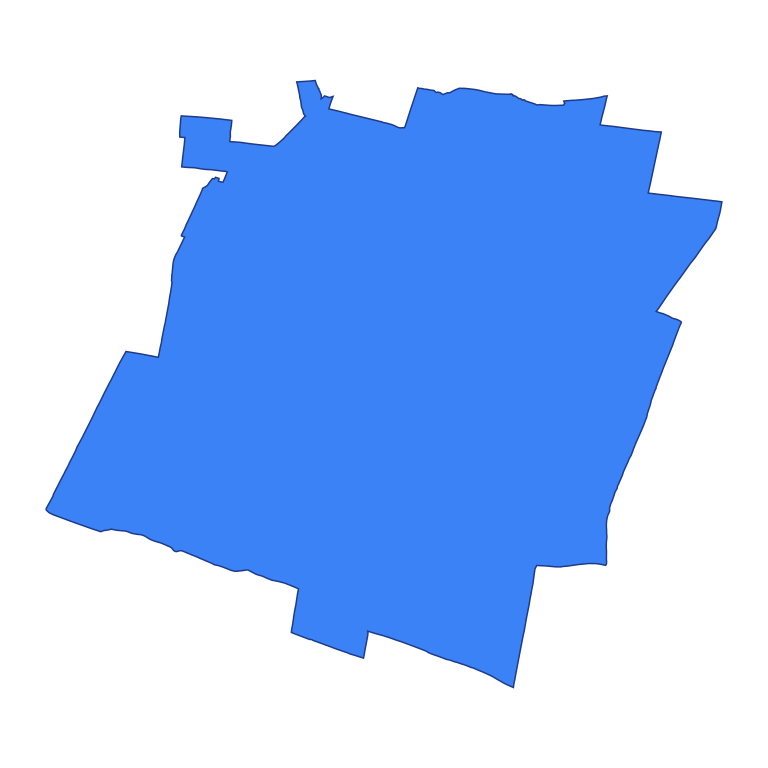 Oprisor, Mehedinti, Romania
{"feature_id": "2599482B3285510863665", "entity_name": "Oprisor", "entity_type": "district", "adm_level": 2, "iso_a3": "ROU", "parent_name": "Romania", "parent_adm1": "Mehedinti", "projection": "equal_earth", "projection_center": [23.062, 44.291], "detail": "fine", "context": "isolated", "style": "filled", "palette": "blue", "viewbox_px": 768, "rotation_deg": 0, "n_neighbors": 0, "source": "geoboundaries", "source_scale": "gbopen_adm2", "svg_char_len": 6029}
<svg xmlns="http://www.w3.org/2000/svg" viewBox="0 0 768 768"><path d="M513.4,687.5L513.8,684.1L514.6,680.5L517.4,665.4L523.1,635.7L524.2,631.0L526.3,618.9L527.2,614.3L529.2,604.2L530.2,597.8L530.7,595.8L531.8,589.2L532.9,584.0L534.3,573.6L535.0,568.9L536.7,565.5L545.7,565.9L555.1,566.8L560.5,566.9L562.9,566.5L568.2,566.0L577.8,564.6L588.9,563.5L595.8,563.6L599.8,564.1L605.4,565.3L605.9,565.0L606.0,564.9L606.5,563.6L606.6,561.8L606.4,558.9L606.5,551.5L606.3,548.0L606.3,543.4L606.9,536.7L606.6,533.2L606.6,530.2L606.4,527.1L606.4,523.9L606.7,520.1L607.6,515.9L609.6,511.3L609.7,510.0L609.6,509.1L609.6,507.6L611.0,503.2L612.1,500.9L613.2,497.9L614.7,493.1L615.3,491.6L617.1,488.5L617.6,485.8L618.6,484.1L619.3,482.1L620.6,479.4L622.4,475.2L623.4,471.9L627.1,463.7L629.5,458.1L631.0,455.6L632.3,452.4L633.3,449.4L635.6,443.6L643.1,426.6L646.2,418.3L646.5,417.8L646.7,417.2L647.5,413.1L649.8,406.3L650.8,402.7L651.2,400.5L651.8,399.0L655.0,390.3L656.0,388.5L656.1,387.4L656.2,386.9L660.2,376.3L662.1,371.5L663.3,368.1L672.9,344.5L673.4,342.7L678.4,329.3L680.0,325.4L681.1,323.1L681.3,322.5L681.3,322.1L680.9,321.6L679.5,320.7L677.9,319.9L676.5,319.3L674.3,318.8L672.5,318.2L671.8,317.9L670.2,316.9L668.5,316.0L663.9,314.0L662.6,313.5L660.4,313.0L656.2,311.5L659.2,307.5L666.1,297.2L673.3,287.0L677.9,280.7L680.6,277.2L690.5,263.3L694.8,258.0L702.4,247.1L705.2,243.2L709.1,238.3L715.7,228.8L716.0,227.7L716.3,226.9L716.5,225.9L717.4,221.8L719.9,212.7L720.5,209.8L721.9,201.8L695.5,198.6L676.5,196.5L669.9,195.6L648.2,193.1L650.9,180.9L658.9,143.4L659.7,140.0L661.3,132.0L654.9,131.6L649.6,130.9L642.9,130.3L639.6,129.8L635.3,129.3L614.0,126.5L601.0,125.1L600.1,124.9L602.1,116.3L605.0,105.3L606.3,99.3L607.2,95.9L603.8,96.2L600.9,97.1L593.9,98.4L583.9,99.5L574.4,100.3L572.2,100.3L564.0,101.0L563.7,101.1L564.8,103.4L564.1,104.0L564.1,104.8L563.3,105.2L554.9,105.5L550.1,105.4L539.7,104.6L537.4,105.0L536.1,104.6L535.0,104.0L525.4,100.9L525.1,100.4L524.2,99.8L522.3,100.2L521.9,99.6L520.8,98.8L518.7,98.4L515.5,96.1L514.8,96.1L514.2,95.7L513.0,95.8L512.9,95.5L513.1,95.1L512.9,94.8L512.7,94.8L512.3,94.7L511.9,94.1L511.1,93.9L510.8,94.2L510.4,93.9L509.8,94.2L508.9,94.3L496.0,93.9L484.9,91.8L479.2,90.3L475.0,89.5L465.2,88.4L459.1,88.3L453.8,90.5L449.5,92.9L447.7,92.7L443.0,94.5L442.1,94.0L440.5,92.9L439.7,92.5L437.8,92.1L436.4,92.5L435.9,92.3L435.1,91.6L434.1,90.5L430.2,90.0L427.0,89.3L424.8,89.2L421.8,88.5L419.4,88.4L418.2,87.9L417.8,87.8L410.7,109.1L405.3,125.9L404.5,127.7L402.9,127.7L401.1,127.9L399.4,127.8L397.5,127.2L394.8,125.8L391.5,124.5L387.2,123.3L385.0,122.8L383.4,122.6L382.3,122.0L349.4,114.0L339.1,111.3L328.8,108.9L330.5,103.4L332.1,98.9L333.1,96.4L331.3,96.9L329.8,97.6L324.6,95.9L323.1,97.5L321.2,98.8L321.4,97.1L321.4,95.9L321.2,94.9L319.5,90.7L318.4,88.7L318.7,88.6L318.1,87.8L316.4,84.3L315.2,80.5L309.4,81.1L296.7,81.9L297.4,84.6L298.6,90.2L299.1,92.7L299.6,95.2L299.9,98.2L300.7,100.6L300.9,101.5L301.0,103.3L301.5,107.1L302.7,110.0L303.7,113.8L304.0,114.3L305.4,116.1L304.9,116.2L302.8,118.7L297.4,124.4L289.2,132.7L286.0,135.7L284.3,137.9L282.1,140.0L279.2,142.5L275.6,145.4L274.3,146.2L273.4,146.3L251.5,143.9L240.0,142.3L229.9,141.6L229.9,139.4L230.1,138.0L230.4,136.7L230.3,133.2L230.4,130.9L230.7,129.8L231.4,124.9L231.8,120.4L220.2,119.0L205.8,117.6L197.3,116.9L181.2,115.9L180.6,120.7L179.9,129.6L179.7,133.7L179.8,137.1L184.9,137.5L184.2,145.3L182.8,156.7L181.7,166.9L186.9,167.4L193.5,167.7L194.9,167.8L197.6,168.2L198.8,168.5L205.2,169.4L211.4,169.7L221.5,171.0L225.6,171.4L227.3,171.9L224.2,179.5L222.9,182.3L220.8,181.9L218.5,181.3L218.4,180.8L218.9,179.5L219.0,178.4L215.5,177.3L214.4,178.8L212.4,178.6L209.6,182.1L207.4,185.5L205.2,186.9L202.6,188.3L202.1,190.1L200.4,194.1L196.7,202.1L195.1,205.8L193.3,209.6L188.0,221.1L186.6,223.8L184.1,229.9L182.9,232.1L181.7,234.6L181.4,235.6L181.4,235.9L184.6,237.0L177.5,251.9L175.9,254.4L174.2,258.6L173.5,260.8L173.0,264.1L172.1,273.9L171.8,275.1L171.8,277.8L171.5,280.4L171.9,282.0L172.0,283.1L171.3,287.8L170.1,294.9L169.8,296.1L169.0,301.8L168.7,303.9L164.9,324.3L164.5,325.5L161.7,339.8L161.5,342.3L160.4,346.6L159.2,353.0L158.3,357.3L140.7,353.9L126.0,351.5L119.7,362.8L111.4,379.4L109.0,383.8L104.3,393.0L99.6,402.7L97.3,406.9L90.5,421.1L83.9,434.1L82.3,437.4L77.9,445.5L77.4,446.2L75.7,450.5L73.8,454.4L70.4,461.0L69.5,462.6L68.7,464.6L67.6,466.9L65.3,471.0L64.3,473.2L62.2,477.1L53.8,493.6L53.2,495.2L52.9,496.3L52.6,496.9L47.2,506.7L46.1,508.9L46.1,509.5L46.5,510.3L47.3,511.1L49.4,512.9L53.4,514.8L70.9,521.3L92.5,529.0L98.4,530.9L100.2,531.6L101.1,531.6L102.7,530.9L104.3,530.5L109.2,529.8L111.0,529.1L111.6,529.2L115.7,530.1L118.0,530.4L125.8,531.1L128.5,532.0L131.2,533.1L132.5,533.5L137.7,534.4L140.3,534.6L142.4,535.1L143.3,535.4L145.2,536.3L149.3,538.9L151.8,540.1L155.4,541.4L160.7,542.9L170.0,546.9L171.0,547.5L171.8,548.1L173.1,549.8L173.6,550.4L174.4,551.0L175.6,551.5L176.5,551.6L180.0,550.7L181.2,550.7L183.0,551.2L191.1,554.6L197.3,557.1L198.0,557.3L199.8,558.3L203.3,559.7L205.9,560.9L207.1,561.3L211.9,563.4L214.1,564.6L214.9,564.9L218.1,565.5L223.0,567.1L231.3,570.4L232.6,570.7L234.5,571.2L236.1,571.3L242.7,570.6L246.5,570.0L247.6,569.9L248.3,570.1L249.4,570.8L252.6,572.4L255.1,573.8L256.5,574.4L258.0,574.9L262.5,576.2L265.4,577.5L266.8,578.2L269.2,579.1L272.1,580.3L273.7,580.5L279.0,581.6L284.7,583.1L293.7,586.7L298.5,588.8L297.5,593.9L295.8,605.2L294.7,610.5L293.8,616.0L292.8,623.5L291.7,629.5L291.3,632.4L292.9,633.1L309.7,639.5L310.8,639.4L312.2,639.8L312.9,640.3L313.6,640.6L320.5,643.1L337.2,649.3L348.0,653.0L349.8,653.9L354.0,655.1L363.5,658.1L364.9,650.8L365.1,649.4L367.7,635.7L368.0,632.1L367.7,631.2L368.8,631.5L374.9,633.4L383.7,635.8L390.7,638.1L396.8,640.3L401.0,641.6L421.6,649.3L426.7,651.4L428.2,652.5L432.2,654.2L439.5,656.7L446.5,659.4L448.7,659.8L450.9,660.4L454.0,661.6L457.0,662.4L462.0,664.1L464.2,664.7L471.3,667.5L473.1,667.9L477.4,669.8L482.5,671.9L491.1,675.8L493.0,676.8L496.8,679.1L504.0,683.2L506.8,684.6L513.4,687.5Z" fill="#3b82f6" stroke="#1e3a8a" stroke-width="1.5"/></svg>